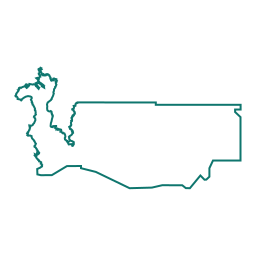 outline of 72, Ar Rayyān, Qatar
{"feature_id": "91078587B78903366981324", "entity_name": "72", "entity_type": "district", "adm_level": 2, "iso_a3": "QAT", "parent_name": "Qatar", "parent_adm1": "Ar Rayyān", "projection": "mercator", "projection_center": [50.849, 25.539], "detail": "fine", "context": "isolated", "style": "outline", "palette": "teal", "viewbox_px": 256, "rotation_deg": 0, "n_neighbors": 0, "source": "geoboundaries", "source_scale": "gbopen_adm2", "svg_char_len": 5411}
<svg xmlns="http://www.w3.org/2000/svg" viewBox="0 0 256 256"><path d="M240.6,104.8L155.8,104.8L155.8,102.5L77.7,102.4L77.7,102.8L77.2,103.0L77.2,102.8L76.4,102.9L76.2,103.4L75.6,103.9L75.4,105.8L74.3,106.0L74.3,105.8L73.7,105.9L73.9,106.6L74.2,106.6L73.8,108.3L72.2,109.2L72.3,109.6L73.3,109.7L73.4,110.3L73.7,110.3L73.9,111.2L74.4,112.2L74.8,112.3L74.7,113.1L74.9,113.7L74.1,114.1L73.7,114.6L73.8,115.2L73.0,115.3L73.1,116.0L72.5,116.2L72.5,116.5L72.1,116.5L72.1,117.6L71.5,117.9L71.6,118.6L71.9,118.6L72.1,120.0L71.9,121.0L71.2,121.0L71.3,121.8L70.9,122.8L71.3,124.9L71.0,125.6L70.6,125.6L70.3,126.3L69.2,126.9L69.6,127.9L70.0,128.2L70.0,128.8L70.6,128.8L70.8,129.3L71.4,129.4L72.4,130.5L72.8,131.2L73.0,132.3L72.7,132.3L72.7,132.6L72.3,132.4L72.5,133.0L72.0,134.3L71.4,135.0L69.5,136.2L69.4,137.1L69.0,137.1L69.3,139.2L70.6,140.7L72.5,141.3L73.8,142.2L73.7,142.5L73.4,142.5L73.8,143.3L73.8,144.3L72.7,145.9L72.2,145.8L71.9,144.1L68.7,144.4L68.3,143.4L67.5,142.2L68.1,142.2L68.7,141.7L68.1,141.6L67.3,141.1L67.3,140.9L66.5,140.7L66.0,140.3L65.7,139.8L65.0,139.5L64.8,138.0L65.4,136.8L65.1,134.9L64.4,133.4L63.3,133.3L62.9,132.6L62.6,132.6L62.5,133.0L62.1,132.7L62.1,132.4L61.2,132.0L61.1,131.6L60.8,131.6L61.3,130.7L61.1,129.7L59.5,129.2L58.7,129.4L58.7,129.7L58.3,129.4L58.1,128.9L57.6,128.9L57.3,129.6L57.0,129.4L56.9,128.9L56.5,129.2L56.5,128.8L55.7,128.5L55.6,127.7L55.1,127.7L55.4,126.6L56.1,126.4L56.1,126.0L53.1,126.1L52.8,127.1L52.5,127.1L51.2,126.9L50.6,126.1L50.9,123.1L51.5,121.4L52.0,118.9L52.8,116.2L52.4,115.8L52.7,115.2L51.9,114.4L52.0,113.8L51.6,113.4L51.7,112.1L51.3,111.4L50.7,111.1L50.4,111.5L49.1,111.4L47.8,110.7L47.3,110.0L47.1,108.0L47.3,106.5L47.0,104.4L47.7,102.5L51.0,100.0L51.4,99.1L51.7,99.0L51.7,98.5L53.0,95.9L53.8,93.4L53.4,92.8L53.5,91.8L53.9,91.1L54.0,89.7L54.1,89.1L55.3,87.5L55.1,86.9L55.9,86.0L56.4,84.6L55.9,83.9L55.8,82.9L56.3,82.5L56.5,81.9L56.1,82.1L55.8,81.8L55.9,81.2L56.4,79.9L56.4,79.2L54.4,78.8L53.5,78.8L53.5,78.6L53.2,78.7L53.1,79.5L53.6,80.3L52.7,80.3L51.7,80.6L51.7,80.3L51.3,80.2L51.4,79.9L51.0,79.8L50.9,79.0L50.4,78.8L50.3,78.2L50.6,77.8L50.3,77.2L49.5,76.3L49.5,75.5L48.3,74.4L47.8,74.3L47.7,74.8L47.0,74.8L47.0,74.1L46.7,74.1L46.2,74.3L45.9,75.0L45.6,75.0L45.6,75.4L44.8,75.5L43.7,75.4L44.0,74.9L43.6,75.0L43.3,74.1L42.6,74.3L42.6,74.6L42.2,74.5L42.2,74.8L42.0,74.7L41.6,74.3L41.8,73.9L41.6,72.9L40.4,70.8L40.6,69.9L40.8,69.7L40.8,69.1L41.3,69.2L41.3,69.5L41.6,69.3L41.4,69.1L40.7,68.9L40.8,68.4L41.1,68.1L40.5,67.8L40.2,68.4L39.1,68.8L39.2,69.7L39.0,70.1L38.7,70.0L38.9,70.7L39.5,71.1L40.1,72.4L38.7,73.4L38.8,74.1L39.3,74.5L39.4,75.0L40.2,75.4L40.3,76.4L39.8,76.3L39.9,76.7L39.3,77.6L39.0,77.6L38.4,78.0L37.5,77.8L36.3,78.2L36.6,78.5L37.2,78.6L37.5,79.1L38.2,79.1L38.3,79.7L38.6,79.7L38.1,80.8L38.5,81.4L38.9,81.4L39.9,82.7L40.9,83.2L40.9,83.5L41.3,83.5L43.3,85.0L43.2,85.2L43.9,85.8L43.3,86.2L43.9,86.2L44.1,87.6L43.6,87.3L43.6,87.0L43.2,87.1L42.7,86.7L42.4,85.9L42.1,85.9L42.2,85.5L41.4,84.7L41.2,84.7L41.0,84.3L40.8,84.3L40.8,84.0L40.3,84.1L39.5,83.3L38.7,83.0L37.5,83.4L37.0,83.3L36.8,82.9L36.6,83.1L36.6,82.8L35.7,83.2L36.2,84.4L36.4,84.5L36.8,85.5L37.4,85.7L38.2,86.9L39.1,87.7L38.6,88.8L37.9,88.1L37.8,87.5L37.4,87.5L36.9,86.6L36.4,86.5L35.9,86.1L35.3,84.7L33.7,84.2L32.9,84.6L29.3,83.9L29.1,84.6L29.3,85.0L29.2,85.4L28.9,85.5L28.4,86.4L27.7,86.7L27.3,87.5L26.6,87.9L26.2,87.3L25.6,86.9L25.8,86.3L26.3,86.4L26.9,85.7L26.7,85.2L26.2,85.1L27.0,85.0L27.1,84.8L26.7,84.3L26.1,84.3L25.9,84.5L26.2,85.0L25.7,85.3L25.9,86.0L25.6,86.6L25.2,86.2L25.3,85.8L25.7,85.9L25.4,85.7L25.2,85.7L24.5,86.3L22.1,87.2L21.1,87.9L20.0,87.8L19.9,87.6L19.0,88.0L18.8,88.4L19.1,89.1L18.8,89.3L18.7,90.0L18.3,90.1L18.6,90.4L18.6,90.6L16.3,93.6L16.1,94.1L16.2,94.6L15.4,95.9L15.8,96.5L16.8,96.6L17.6,97.6L17.6,99.0L20.2,99.5L21.8,101.0L21.4,100.2L21.7,99.4L23.8,97.8L25.7,96.7L28.0,96.1L30.4,96.5L31.4,97.0L31.7,97.5L31.7,98.4L30.9,99.7L31.9,101.4L31.7,102.2L32.3,102.7L32.2,103.6L32.7,104.1L32.6,104.7L33.4,105.3L33.8,106.5L34.1,106.8L35.0,108.7L34.8,109.8L34.9,110.3L35.4,110.5L35.7,112.7L35.5,113.5L35.9,114.5L34.0,116.4L33.9,116.9L34.5,117.2L34.7,118.2L35.2,118.5L35.4,120.1L34.0,123.3L33.3,123.8L32.8,124.9L31.7,125.6L30.7,125.9L30.4,125.7L30.4,126.0L29.8,126.1L30.0,126.9L29.7,127.0L29.6,126.9L29.7,127.4L30.0,127.4L30.1,127.8L29.6,128.9L29.6,129.7L29.0,130.2L28.6,131.4L28.0,132.1L28.2,132.5L27.9,133.2L27.4,133.5L27.2,133.2L27.0,133.6L27.9,134.4L27.9,135.2L27.6,135.4L28.0,135.7L30.0,135.5L31.6,136.1L31.6,137.1L32.1,138.4L34.2,140.6L34.1,140.9L35.2,142.5L35.3,143.1L35.9,143.7L35.2,145.3L34.4,146.1L34.5,146.8L35.8,147.6L36.1,148.4L36.8,149.1L36.8,149.8L37.4,150.2L38.3,151.7L39.2,152.8L39.0,153.5L38.1,154.2L37.6,153.8L37.5,154.0L37.0,154.1L36.9,153.8L36.8,154.3L36.5,154.2L36.3,154.9L36.5,155.2L36.3,155.3L35.1,154.5L35.4,155.7L35.3,155.9L35.1,155.9L35.7,156.7L36.4,157.0L36.3,157.6L36.5,158.0L37.2,158.9L37.4,159.0L37.2,158.7L38.2,159.6L38.2,160.1L39.0,160.4L39.1,161.4L40.4,161.7L41.2,162.3L41.2,163.0L40.8,163.7L41.8,164.3L42.1,165.2L41.5,166.3L41.5,166.5L42.3,165.8L41.7,167.0L41.8,166.5L40.1,167.7L37.2,169.0L37.4,174.4L40.9,175.2L51.9,175.1L66.9,166.1L81.0,166.0L81.0,168.2L95.8,171.9L129.6,188.2L151.9,187.6L162.3,185.2L182.3,185.3L185.8,188.1L189.9,188.2L200.4,175.5L204.5,179.7L206.3,179.6L209.4,176.7L209.4,168.2L213.0,160.5L240.5,160.5L240.5,117.1L235.1,112.0L235.1,109.5L240.6,109.5L240.6,104.8Z" fill="none" stroke="#0f766e" stroke-width="2"/></svg>